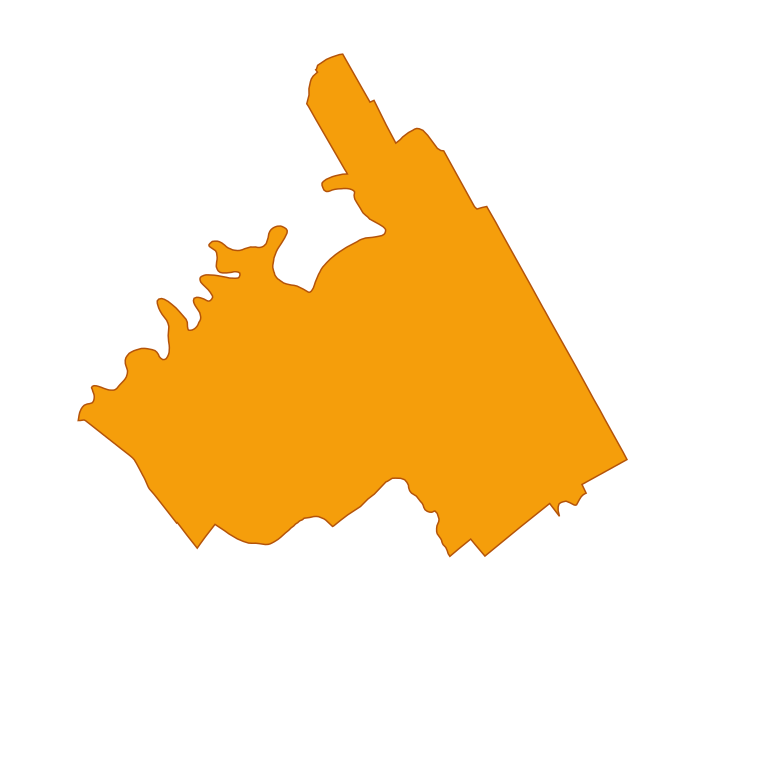 Andrasesti, Ialomita, Romania, rotated 126°
{"feature_id": "2599482B59436484674817", "entity_name": "Andrasesti", "entity_type": "district", "adm_level": 2, "iso_a3": "ROU", "parent_name": "Romania", "parent_adm1": "Ialomita", "projection": "orthographic", "projection_center": [27.141, 44.59], "detail": "fine", "context": "isolated", "style": "filled", "palette": "amber", "viewbox_px": 768, "rotation_deg": 126, "n_neighbors": 0, "source": "geoboundaries", "source_scale": "gbopen_adm2", "svg_char_len": 6171}
<svg xmlns="http://www.w3.org/2000/svg" viewBox="0 0 768 768"><g transform="rotate(126 384 384)"><path d="M593.3,609.9L592.4,608.7L592.1,608.3L590.8,607.0L589.4,605.5L589.3,605.1L589.1,603.9L589.2,601.4L589.6,591.1L589.7,588.4L590.0,581.1L590.2,576.0L590.9,558.1L591.2,548.8L591.3,546.9L591.5,544.5L591.6,543.7L591.9,542.4L592.0,541.6L592.6,540.3L593.6,537.9L595.6,533.7L597.7,529.4L599.7,525.4L600.4,523.8L601.8,521.1L604.9,515.9L605.8,514.3L606.2,513.5L606.8,512.0L608.4,505.1L609.9,499.6L614.6,483.2L618.4,470.0L617.6,469.8L618.8,465.6L622.1,454.6L626.6,438.6L621.2,438.7L612.8,438.7L596.9,438.2L596.4,426.7L596.4,421.3L595.5,411.6L594.0,405.2L592.3,400.1L590.6,397.4L588.1,394.0L586.5,391.2L583.6,385.6L581.8,383.4L580.3,382.2L578.7,381.3L576.0,380.0L572.0,378.4L568.3,377.4L562.4,376.2L558.3,375.1L555.0,374.6L551.9,373.6L549.3,373.3L546.9,372.3L544.4,371.8L541.7,370.2L539.5,369.7L538.1,368.2L535.5,365.5L532.5,362.9L530.9,360.9L529.8,359.0L529.1,356.3L528.4,353.4L528.3,351.2L529.5,341.9L528.8,341.5L528.0,341.2L520.1,339.1L511.1,336.4L496.9,331.0L486.5,329.4L478.7,327.1L462.1,324.9L460.6,324.0L455.4,321.9L453.5,319.5L450.6,315.2L450.2,314.1L449.3,311.0L450.1,307.6L451.5,304.8L453.4,303.1L455.2,300.6L455.7,299.2L456.1,297.6L455.7,291.9L457.6,285.4L458.1,283.0L459.1,281.0L460.4,279.3L461.6,276.9L461.6,274.2L460.9,271.9L459.9,270.3L458.9,269.4L458.0,269.1L456.8,268.2L457.4,264.9L460.9,260.1L463.0,258.9L467.6,257.8L470.0,256.5L472.4,254.7L473.9,252.9L475.7,247.5L476.4,245.9L478.2,243.7L479.2,241.8L479.9,238.0L481.6,235.0L483.6,232.3L484.7,229.4L473.6,226.7L458.9,222.8L458.5,222.7L460.3,215.9L463.9,201.2L419.4,189.6L384.6,180.1L383.3,179.7L387.9,164.3L384.2,168.6L381.2,170.8L378.3,171.9L376.3,171.4L374.3,170.1L371.8,167.9L370.8,163.9L370.1,159.1L369.6,158.0L368.6,157.2L362.5,158.0L359.2,158.2L356.8,157.8L354.9,157.1L353.5,156.3L348.9,164.8L302.3,143.0L298.7,150.3L287.4,174.6L282.7,184.7L278.2,194.0L273.0,205.5L266.8,218.5L256.7,239.9L248.0,258.8L235.2,286.6L230.6,296.3L229.0,299.9L218.1,323.0L192.3,378.6L187.6,388.4L180.6,404.0L180.0,405.2L183.6,408.4L186.3,410.5L187.8,411.6L187.5,414.3L187.1,415.6L160.3,472.7L161.7,475.3L162.0,479.3L157.1,494.9L155.9,501.6L156.8,505.5L158.0,507.7L159.9,509.1L161.7,509.8L166.2,512.0L173.2,514.1L176.8,514.5L182.2,516.0L173.2,534.4L160.4,558.8L164.2,561.0L157.4,576.1L141.4,611.3L143.7,613.7L149.7,618.0L151.4,619.1L155.3,621.4L165.2,625.0L169.0,623.7L169.9,624.0L170.8,621.1L176.6,622.3L180.0,622.1L182.7,621.2L189.2,618.3L194.3,614.5L202.7,611.2L203.7,608.5L210.2,594.3L233.5,541.9L234.6,539.1L235.6,537.1L238.6,540.8L244.0,545.6L246.7,547.7L252.3,551.0L255.8,552.1L257.9,552.2L259.7,550.9L260.8,549.3L261.6,548.0L262.4,546.5L262.3,544.5L262.0,543.5L260.9,542.2L259.7,541.3L257.3,539.8L255.3,538.1L253.1,535.8L250.6,532.7L249.5,531.5L247.8,529.1L247.0,527.7L246.3,526.3L245.6,523.9L245.5,522.1L245.8,520.8L247.4,519.8L248.8,519.2L250.4,517.7L251.7,516.1L253.3,512.5L255.8,506.3L257.0,503.7L257.9,501.4L258.3,497.9L258.4,495.3L259.0,492.5L257.6,481.8L257.3,477.3L257.6,475.0L258.2,473.4L259.4,472.6L261.0,472.0L262.7,471.9L265.1,472.9L267.8,475.3L270.0,477.4L272.2,479.6L276.7,484.7L280.1,487.2L281.9,488.3L284.7,489.4L294.6,494.3L296.7,495.2L301.2,496.9L303.2,497.7L308.0,499.3L314.4,500.9L319.6,501.7L325.5,502.3L328.3,502.2L331.1,501.7L333.7,501.4L341.8,499.5L344.8,498.5L347.9,497.6L350.4,497.4L351.8,497.4L353.2,497.9L354.0,498.7L354.2,499.8L354.7,505.1L355.9,511.9L357.0,514.6L358.5,517.3L360.4,521.7L361.3,524.7L361.3,527.0L361.4,528.6L361.3,530.3L361.4,531.7L361.0,533.6L360.5,535.0L360.2,535.9L359.6,536.9L358.6,538.0L357.9,539.2L355.2,542.4L353.4,543.7L349.3,545.7L346.7,547.1L340.3,548.9L337.2,549.4L333.6,549.6L330.7,549.7L324.3,550.2L319.2,551.1L317.9,551.7L316.7,552.6L316.0,554.3L316.0,556.2L316.4,558.7L317.0,560.5L319.1,563.1L320.9,564.4L322.8,565.4L325.3,566.1L327.6,566.1L330.2,565.5L333.8,563.7L339.7,561.8L343.3,562.4L345.2,563.5L346.5,564.7L347.7,566.3L348.6,568.4L350.4,570.7L351.5,572.4L356.4,576.2L358.6,577.5L360.7,579.2L362.1,580.9L363.6,583.5L364.5,585.4L365.0,587.9L365.5,589.7L365.6,592.1L365.3,594.4L365.2,598.1L365.7,601.0L366.4,602.8L368.1,605.1L369.6,606.7L372.5,607.4L374.1,607.5L375.1,606.8L375.4,605.3L375.2,598.7L376.2,596.6L379.6,593.4L381.4,592.2L383.7,591.1L386.9,589.2L387.8,588.5L389.4,586.0L390.0,584.4L390.0,582.1L389.0,579.9L386.6,576.6L383.4,573.1L381.3,571.3L380.1,569.6L379.2,567.8L379.0,565.9L380.4,564.6L382.5,564.0L384.1,564.4L386.0,566.6L387.7,569.2L389.0,571.1L390.3,574.2L394.2,582.4L395.7,585.2L399.0,590.3L400.3,592.1L401.9,593.5L404.3,594.9L405.6,595.2L406.7,594.9L407.7,594.2L408.5,593.3L409.3,592.0L409.8,589.9L410.1,588.1L410.3,586.6L411.0,581.8L412.0,578.3L413.0,575.9L413.5,574.6L414.6,573.6L416.5,573.3L418.4,573.5L419.4,574.0L420.3,574.9L420.7,576.6L421.1,579.7L422.1,583.0L423.0,585.0L424.1,586.6L426.3,588.0L428.5,587.2L429.8,585.9L430.9,584.2L431.7,582.5L433.9,576.6L434.6,575.0L436.0,573.3L437.6,571.6L439.2,570.6L440.9,570.1L442.8,570.0L445.6,569.3L447.4,569.2L449.2,569.4L450.8,569.8L453.0,570.9L454.6,572.5L455.3,573.9L454.7,575.0L453.1,576.7L449.7,579.4L448.0,582.2L445.7,592.2L444.7,597.1L444.3,602.5L444.1,607.1L444.6,611.5L445.6,614.2L447.7,616.1L450.1,616.3L452.1,614.7L454.9,611.0L456.5,608.1L458.1,604.4L460.2,597.3L461.9,594.4L464.0,591.8L471.6,587.1L476.0,583.4L478.8,580.6L480.9,578.9L484.6,576.5L486.7,575.7L489.1,575.2L491.5,575.1L493.0,575.8L494.3,577.3L494.4,579.8L493.9,582.0L492.7,583.9L491.8,586.5L491.6,588.9L492.5,591.8L494.6,596.3L495.9,598.6L497.9,601.2L502.0,604.4L504.1,605.9L506.8,607.3L509.0,608.2L512.4,608.4L514.6,608.2L516.9,607.3L519.6,605.2L521.2,603.1L522.8,600.8L524.1,599.2L526.2,597.9L527.4,597.4L529.8,596.6L532.4,596.4L534.2,596.5L536.6,596.8L539.4,597.2L541.7,597.4L544.3,597.5L545.5,597.8L547.0,598.4L548.1,599.4L549.4,601.2L550.5,603.0L551.2,604.9L552.1,607.7L552.9,610.9L553.7,613.4L554.5,615.5L555.8,617.6L557.4,618.6L559.0,618.4L559.8,616.9L560.9,615.5L563.0,612.4L564.1,611.3L565.7,610.2L567.3,609.4L569.1,608.9L570.9,609.1L572.9,610.6L574.7,612.4L577.3,614.0L579.8,614.4L582.2,614.3L585.8,613.5L588.8,612.2L590.3,611.4L593.3,609.9Z" fill="#f59e0b" stroke="#b45309" stroke-width="1.5"/></g></svg>